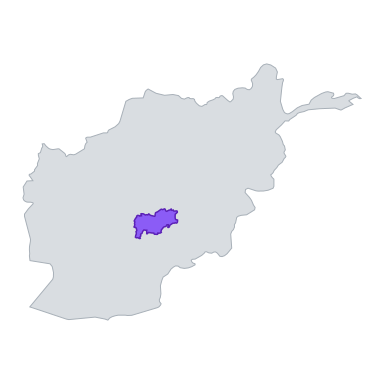 Afghanistan, with Uruzgan highlighted
{"feature_id": "AFG-1752", "entity_name": "Uruzgan", "entity_type": "Province", "adm_level": 1, "iso_a3": "AFG", "parent_name": "Afghanistan", "parent_adm1": "", "projection": "robinson", "projection_center": [66.006, 32.797], "detail": "fine", "context": "in_parent", "style": "filled", "palette": "violet", "viewbox_px": 384, "rotation_deg": 0, "n_neighbors": 0, "source": "natural_earth", "source_scale": "10m", "svg_char_len": 7517}
<svg xmlns="http://www.w3.org/2000/svg" viewBox="0 0 384 384"><path d="M164.6,95.3L172.9,94.5L178.5,95.6L181.5,98.4L184.4,99.1L187.2,97.7L189.0,97.5L189.6,98.4L191.1,98.7L193.2,98.6L194.5,99.4L194.8,101.0L196.4,103.2L199.3,105.8L201.9,106.4L205.2,104.4L206.4,104.6L206.9,104.0L207.2,102.5L209.3,101.1L213.0,99.8L215.1,98.7L215.8,97.7L217.1,97.4L218.5,97.7L219.4,97.4L220.1,96.1L221.5,95.6L222.6,95.8L227.8,100.5L229.8,101.9L230.7,101.7L233.2,99.1L233.5,96.8L232.8,93.7L233.3,91.3L234.9,89.4L238.0,88.2L242.5,87.8L245.3,88.1L246.4,89.0L247.8,89.6L249.5,89.7L251.1,88.6L252.5,86.3L252.6,83.4L251.2,80.0L251.6,78.9L253.8,77.2L256.2,74.7L258.5,71.4L260.7,67.4L263.4,64.9L266.7,63.9L270.8,65.0L275.6,68.1L277.4,72.0L276.4,76.6L276.3,79.1L277.3,79.6L282.7,78.7L283.4,79.3L283.4,80.6L282.6,82.6L281.8,88.0L280.4,101.4L282.8,109.4L284.4,112.5L286.0,113.5L287.6,113.9L289.2,113.6L292.5,111.6L297.3,107.8L302.1,105.5L309.0,104.2L311.2,100.1L314.4,97.5L321.6,93.5L325.6,92.0L327.9,91.7L333.5,93.2L333.8,94.4L333.5,95.7L331.9,96.8L331.5,97.6L332.1,98.3L334.3,98.5L344.0,95.7L346.1,93.3L348.1,93.2L352.3,94.2L355.4,93.9L357.1,94.9L361.0,98.5L359.8,98.7L358.1,98.0L357.1,96.8L353.2,98.3L348.9,100.6L349.0,101.1L353.0,104.4L345.0,107.9L341.4,109.9L340.6,110.0L335.1,108.1L319.8,108.7L308.3,109.8L303.9,111.6L299.7,112.5L297.5,113.4L296.1,115.3L289.8,119.5L288.7,121.0L285.1,120.9L281.5,124.9L276.2,129.8L275.2,132.0L276.0,133.2L278.9,134.9L280.2,136.6L282.4,141.3L283.3,144.6L284.5,146.0L285.3,149.9L284.0,152.1L284.1,153.3L285.9,156.2L285.5,157.2L284.2,158.5L282.1,162.3L278.4,165.1L276.8,167.6L274.2,170.4L273.1,172.7L271.9,174.0L270.8,174.7L271.1,175.9L272.2,177.5L273.9,179.2L273.9,186.3L273.0,188.3L268.2,190.2L263.6,191.0L258.0,191.1L255.9,190.8L248.0,188.2L245.5,189.5L245.1,192.6L249.6,197.6L251.5,200.4L253.5,205.1L255.1,207.5L254.6,209.8L246.6,214.8L241.4,215.3L238.2,216.2L236.7,217.4L235.6,222.7L234.4,224.7L234.5,227.0L233.4,229.6L231.8,231.3L230.7,234.0L231.7,248.1L227.1,253.7L224.5,255.7L222.0,256.6L219.9,256.3L217.3,253.1L215.5,251.9L213.7,252.1L211.8,253.2L208.9,252.9L206.3,251.7L205.1,251.9L204.4,253.0L201.7,255.4L195.1,259.1L192.4,259.3L191.2,260.2L191.7,261.7L192.9,263.0L195.0,263.8L195.1,264.8L191.7,266.7L188.3,267.9L184.3,268.4L180.2,267.7L178.1,266.1L175.6,265.9L173.4,267.1L171.0,269.1L167.8,274.0L163.1,277.1L161.9,280.2L160.4,285.7L160.9,293.8L160.3,297.4L159.3,299.8L159.5,301.6L161.1,303.8L160.5,305.1L159.1,306.7L157.8,307.5L131.8,315.3L127.6,315.5L125.4,315.2L118.0,315.2L115.0,315.8L111.9,316.8L109.6,318.1L107.9,320.1L104.8,319.0L95.1,317.1L68.9,319.6L66.4,319.1L29.8,306.9L52.7,279.3L53.4,277.0L53.5,272.5L52.2,266.5L50.0,263.8L30.0,260.6L29.4,255.9L29.7,253.8L29.4,249.8L29.5,246.6L30.4,241.5L30.5,239.2L24.5,216.3L24.5,214.1L28.4,208.8L33.2,203.7L32.9,202.7L30.6,202.2L27.0,202.1L25.1,201.3L23.6,199.9L23.0,197.8L24.1,194.2L23.2,187.0L27.0,181.0L32.9,180.7L29.9,176.3L29.3,175.8L29.1,175.0L29.4,174.3L30.9,174.0L34.5,171.2L34.6,169.6L37.6,165.5L37.4,163.6L39.3,158.8L38.4,155.5L38.3,153.7L40.4,152.6L41.8,148.0L42.6,146.9L42.7,145.8L42.2,143.9L44.2,143.7L46.0,146.0L48.8,148.5L50.6,149.2L52.9,149.6L58.1,148.8L59.1,148.9L64.5,153.2L65.4,154.3L65.8,156.1L66.6,156.6L68.5,154.9L70.3,154.3L73.8,154.8L75.6,154.2L84.4,148.8L85.0,145.4L85.9,143.4L87.1,142.3L85.7,138.3L86.2,137.5L87.4,137.2L90.2,137.2L103.4,132.9L106.9,132.9L107.7,132.5L107.9,131.3L108.8,130.0L115.1,126.8L118.7,123.6L120.0,121.1L125.9,101.3L129.1,99.5L132.3,98.3L143.2,97.9L145.2,91.8L146.2,90.4L148.1,89.0L156.1,93.3L164.6,95.3Z" fill="#d9dde1" stroke="#a8b0b8" stroke-width="1"/><path d="M173.2,210.0L173.6,210.9L174.2,211.1L176.6,210.9L177.0,211.0L177.3,211.5L177.3,212.0L177.3,212.4L177.2,212.5L176.8,212.7L176.7,212.8L176.6,213.0L176.4,213.3L175.4,214.0L175.3,214.3L175.2,214.7L175.1,215.1L175.2,215.9L175.2,216.1L175.1,216.3L175.1,216.6L175.1,217.1L175.2,218.1L175.3,218.6L175.4,219.0L175.6,219.3L175.9,219.5L176.1,219.7L177.3,219.9L177.6,220.1L177.5,221.7L177.4,221.9L177.4,222.2L177.3,222.4L177.1,222.7L177.0,222.8L176.9,222.9L176.6,223.0L176.3,223.1L176.1,223.1L175.9,223.0L175.5,222.8L175.3,222.7L175.1,222.8L174.6,223.1L174.3,223.2L173.8,223.2L173.0,223.2L172.7,223.3L172.4,223.5L170.7,224.6L170.3,224.9L169.9,225.3L169.6,225.8L169.5,226.0L169.4,226.2L169.5,226.6L169.3,226.9L169.1,227.1L168.5,227.4L168.2,227.5L167.9,227.4L167.8,227.2L167.8,226.9L168.4,225.3L168.4,225.0L168.4,224.9L168.3,224.7L167.9,224.7L166.9,224.8L166.2,226.1L165.8,226.5L164.6,226.7L163.5,227.2L163.3,227.4L163.0,227.9L162.7,228.3L161.6,229.6L161.3,229.9L161.3,230.1L161.3,230.3L161.3,230.6L161.3,230.8L161.0,231.4L161.0,231.6L161.0,231.9L161.1,232.0L161.3,232.4L160.8,232.7L160.6,232.9L160.4,233.0L158.8,233.2L158.6,233.3L158.3,233.2L158.2,233.1L157.9,233.0L157.7,233.4L157.7,233.5L157.7,233.8L157.7,234.0L157.5,234.3L156.7,234.4L155.2,234.2L154.9,234.3L154.6,234.2L154.4,234.2L154.2,234.0L154.0,233.6L153.9,233.3L153.9,233.2L153.6,233.1L152.4,233.0L151.2,232.9L150.8,232.7L150.6,232.7L150.1,232.8L149.9,232.8L149.2,232.5L148.8,232.5L148.5,232.5L148.3,232.6L148.2,232.7L148.1,232.8L147.7,233.4L147.6,233.5L147.4,233.7L146.9,233.8L146.7,233.7L146.8,232.7L146.6,231.1L146.7,230.8L146.8,230.5L146.8,230.4L146.8,230.2L146.7,230.2L146.3,230.3L146.0,230.3L144.2,230.0L143.9,230.1L143.7,230.1L143.6,230.3L142.7,231.4L142.5,231.8L142.4,232.1L142.3,232.5L142.2,232.9L142.0,233.3L141.8,233.5L141.6,233.7L141.2,233.9L140.8,234.1L140.7,234.1L140.6,234.4L140.6,234.6L140.7,235.3L140.8,235.8L140.8,236.0L140.7,236.1L140.4,236.3L140.2,236.5L140.1,237.0L139.9,237.3L139.9,237.5L140.3,238.3L140.2,238.4L140.0,238.5L139.6,238.5L139.3,238.5L139.0,238.3L138.1,237.8L137.7,237.7L136.4,237.8L136.2,237.7L135.9,237.6L135.6,237.2L135.4,237.1L135.7,235.5L135.9,234.9L136.1,234.5L136.2,234.4L136.2,234.2L136.3,233.8L136.3,233.6L136.3,233.2L136.3,232.6L136.2,232.3L136.1,232.0L136.0,231.8L136.1,231.7L136.5,231.0L136.7,230.7L136.8,230.5L136.7,230.1L136.6,229.5L136.3,228.3L136.2,228.0L135.9,227.9L135.7,227.8L135.6,227.7L135.5,227.4L135.4,227.3L134.9,227.4L134.7,227.4L134.5,227.2L134.3,227.1L134.1,227.1L134.0,226.9L134.5,226.0L134.8,224.4L134.7,224.3L134.6,224.0L134.6,223.9L134.5,223.6L134.5,223.4L134.8,222.3L134.8,222.0L134.8,221.8L134.8,221.7L134.7,221.5L134.6,221.4L134.4,221.3L134.3,221.2L134.2,221.1L134.2,220.9L135.6,218.2L135.9,217.9L136.2,217.7L136.6,217.2L136.7,216.8L136.7,216.7L136.6,216.3L136.7,216.2L136.8,216.0L137.4,215.5L137.5,215.4L138.1,215.4L138.8,215.5L139.5,216.0L139.9,216.1L140.0,215.8L140.1,215.6L140.5,215.4L140.8,215.5L141.0,215.6L141.4,215.8L141.5,215.8L141.5,215.7L141.3,214.6L141.1,214.0L141.0,213.9L141.3,213.7L143.2,213.8L143.5,213.9L143.7,214.0L143.9,214.1L145.3,215.0L145.5,215.0L146.1,214.8L146.4,214.7L146.7,214.7L146.9,214.7L147.7,214.9L147.8,214.9L148.0,214.8L148.1,214.7L148.4,214.2L148.6,214.0L148.8,213.9L149.0,214.0L150.1,215.1L150.7,215.4L153.7,216.1L154.4,216.3L154.7,216.2L154.9,216.1L155.0,216.0L155.1,215.8L155.1,215.6L155.1,215.4L155.1,215.2L155.1,214.7L155.4,213.4L155.5,212.9L155.7,212.7L155.9,212.6L156.5,212.2L157.0,212.1L157.7,211.7L160.6,209.6L161.0,209.3L161.3,209.2L161.5,209.2L162.2,209.5L162.4,209.6L162.6,209.6L163.0,209.5L164.1,209.0L164.5,209.0L164.7,208.9L164.8,209.0L165.0,209.1L165.3,209.6L165.4,209.9L165.4,210.0L165.5,210.2L165.6,210.4L165.8,210.8L166.1,211.1L166.8,211.3L168.4,210.4L169.1,210.1L169.6,210.1L170.0,210.0L170.2,209.9L170.5,209.6L171.0,209.1L171.3,209.1L171.4,209.6L171.5,210.1L171.7,210.3L172.1,210.3L172.4,210.3L173.2,210.0Z" fill="#8b5cf6" stroke="#5b21b6" stroke-width="1.5"/></svg>